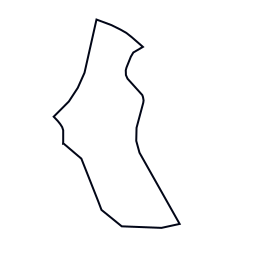 Hammersmith and Fulham, orthographic projection, rotated 15°
{"feature_id": "GBR-2069", "entity_name": "Hammersmith and Fulham", "entity_type": "London Borough", "adm_level": 1, "iso_a3": "GBR", "parent_name": "United Kingdom", "parent_adm1": "", "projection": "orthographic", "projection_center": [-0.218, 51.497], "detail": "fine", "context": "isolated", "style": "outline", "palette": "ink", "viewbox_px": 256, "rotation_deg": 15, "n_neighbors": 0, "source": "natural_earth", "source_scale": "10m", "svg_char_len": 577}
<svg xmlns="http://www.w3.org/2000/svg" viewBox="0 0 256 256"><g transform="rotate(15 128 128)"><path d="M147.4,224.6L123.6,214.0L118.2,206.5L90.9,169.7L69.6,159.6L69.3,159.8L69.0,158.2L66.0,147.0L64.2,144.2L61.6,141.8L58.5,139.5L53.3,136.3L64.0,117.7L69.1,102.2L71.7,85.9L69.5,31.4L85.4,32.9L95.3,34.9L101.8,36.6L108.1,39.3L121.4,45.8L113.6,53.7L112.3,58.4L110.9,69.9L110.9,72.8L112.3,77.4L114.8,80.5L133.3,92.5L134.5,94.3L135.9,97.3L136.2,99.6L136.2,125.6L139.3,138.3L145.5,148.9L202.7,207.3L186.2,215.8L147.4,224.6Z" fill="none" stroke="#020617" stroke-width="2"/></g></svg>